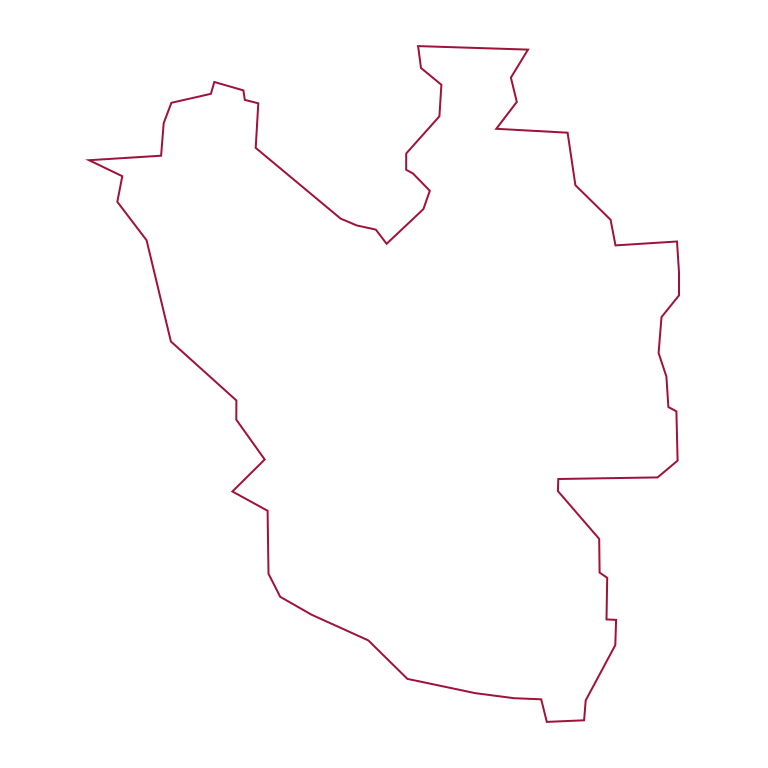 Berat, Berat, Albania
{"feature_id": "67620474B3220488890929", "entity_name": "Berat", "entity_type": "district", "adm_level": 2, "iso_a3": "ALB", "parent_name": "Albania", "parent_adm1": "Berat", "projection": "equal_earth", "projection_center": [19.979, 40.671], "detail": "fine", "context": "isolated", "style": "outline", "palette": "rose", "viewbox_px": 768, "rotation_deg": 0, "n_neighbors": 0, "source": "geoboundaries", "source_scale": "gbopen_adm2", "svg_char_len": 956}
<svg xmlns="http://www.w3.org/2000/svg" viewBox="0 0 768 768"><path d="M418.1,46.1L421.0,68.0L441.4,84.8L439.4,116.3L406.2,153.5L406.2,169.8L413.0,173.5L429.8,190.8L423.4,209.1L386.6,243.8L375.8,229.6L356.6,225.4L340.6,218.6L255.7,147.9L258.3,103.3L244.8,99.9L243.4,90.4L214.3,82.0L210.9,93.8L171.4,102.8L163.7,123.1L161.1,155.7L89.0,160.2L122.3,176.2L117.3,201.8L146.6,240.3L170.9,341.5L236.4,400.5L236.3,419.7L264.7,459.5L232.4,491.5L267.6,510.8L268.5,573.7L280.2,596.8L311.5,614.7L368.3,640.4L407.4,678.9L474.9,693.1L513.9,698.2L541.2,699.3L546.8,721.9L584.1,720.3L585.7,700.4L615.3,645.1L616.1,619.9L606.5,619.4L607.2,577.8L599.6,572.6L599.2,538.9L557.9,491.1L558.3,479.0L657.6,477.4L677.6,460.6L676.4,411.3L668.4,407.1L666.4,376.6L658.6,353.0L661.5,317.1L679.0,295.4L679.0,272.3L677.0,241.5L615.5,245.4L610.6,219.8L575.4,185.2L567.6,132.7L496.3,128.8L516.8,101.9L510.9,77.6L528.0,49.6L418.1,46.1Z" fill="none" stroke="#9f1239" stroke-width="2"/></svg>